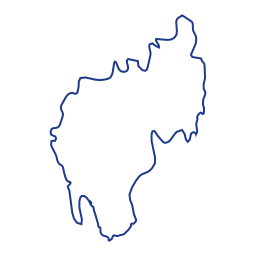 the State of Tripura
{"feature_id": "IND-3301", "entity_name": "Tripura", "entity_type": "State", "adm_level": 1, "iso_a3": "IND", "parent_name": "India", "parent_adm1": "", "projection": "mercator", "projection_center": [91.787, 23.743], "detail": "fine", "context": "isolated", "style": "outline", "palette": "blue", "viewbox_px": 256, "rotation_deg": 0, "n_neighbors": 0, "source": "natural_earth", "source_scale": "10m", "svg_char_len": 3211}
<svg xmlns="http://www.w3.org/2000/svg" viewBox="0 0 256 256"><path d="M196.1,134.1L196.0,133.5L193.4,132.1L191.2,133.4L189.6,139.9L187.6,141.8L185.9,139.3L184.6,133.9L182.0,130.0L176.6,131.9L174.5,134.3L170.3,140.2L168.0,142.1L165.0,142.9L163.0,141.9L157.6,135.7L156.0,133.1L154.4,131.1L152.6,131.2L151.8,133.1L151.5,136.1L151.7,141.5L155.1,157.8L154.9,163.3L152.0,168.3L150.3,170.1L148.3,171.6L141.1,174.7L139.0,176.6L135.7,181.1L131.9,187.7L129.5,194.6L130.2,200.2L132.1,204.7L134.0,214.4L135.7,218.7L136.2,220.3L135.6,221.6L133.7,223.7L133.4,223.8L132.1,223.6L131.7,223.7L131.1,224.2L131.0,224.9L131.1,225.5L131.0,226.1L128.8,229.4L127.9,230.4L125.7,232.4L124.8,233.5L123.2,234.5L119.7,235.3L117.9,235.9L117.0,236.1L116.1,235.9L115.2,235.6L114.3,235.4L113.1,235.9L112.5,237.1L112.0,238.4L111.3,239.4L109.1,240.6L108.7,240.2L108.8,238.8L107.9,237.2L106.2,236.4L104.5,236.0L102.8,235.4L101.1,233.5L100.5,232.1L100.4,227.9L100.0,227.4L98.8,227.1L98.5,226.6L97.8,223.0L94.8,212.8L94.2,211.4L93.3,207.0L93.0,207.0L91.1,205.1L91.0,204.4L91.2,203.6L91.1,202.6L90.3,201.5L90.2,201.6L89.8,202.6L88.8,200.6L86.9,198.0L84.4,196.0L81.5,196.1L80.1,198.1L79.4,201.4L79.4,207.7L81.9,219.4L81.4,224.1L77.1,222.9L74.0,218.7L72.3,212.9L69.3,190.3L68.7,188.9L68.0,187.7L67.8,186.6L68.7,185.3L70.0,184.0L70.6,182.9L70.2,182.1L68.5,181.7L66.8,180.4L65.5,177.6L63.8,171.6L63.2,168.1L62.8,167.0L62.0,165.7L59.8,164.3L58.7,163.3L57.5,161.0L56.4,156.4L55.4,153.9L51.7,146.8L51.1,144.4L51.5,141.0L53.2,140.8L55.0,140.9L56.1,138.6L55.3,136.5L53.2,135.7L51.1,134.6L50.6,131.5L51.8,128.8L53.8,128.1L56.3,127.9L58.7,126.7L60.0,124.4L62.6,116.7L63.0,114.0L62.4,112.2L61.0,109.0L60.9,107.0L61.4,105.1L65.8,97.2L67.2,95.3L68.9,93.8L71.1,92.9L72.9,93.0L73.3,93.2L74.3,93.6L75.7,93.8L77.3,92.8L78.6,87.0L78.8,81.6L80.4,78.0L85.7,77.5L95.5,79.7L100.3,80.1L105.6,79.4L108.6,78.5L110.5,77.3L111.7,75.3L112.7,72.3L114.1,63.4L114.7,61.7L116.0,62.2L118.3,67.9L119.5,70.1L121.8,71.6L124.3,71.9L126.6,71.1L128.1,68.9L128.0,66.4L127.2,63.6L126.8,60.9L128.1,59.0L136.3,60.8L137.7,60.9L138.0,61.8L138.2,65.0L138.5,66.2L142.5,70.2L145.1,70.8L146.7,69.8L147.6,67.3L150.4,55.3L150.5,52.5L149.2,46.8L149.6,44.3L152.5,43.4L153.7,44.5L156.5,46.4L159.0,47.4L158.9,45.5L156.0,40.7L156.1,39.0L166.9,39.9L170.7,39.6L174.0,38.1L176.5,34.7L176.9,30.7L176.2,22.0L176.9,19.3L178.5,17.7L180.5,16.6L181.9,15.4L183.1,15.9L191.2,21.3L192.0,22.0L192.5,23.0L192.8,24.3L192.9,28.7L193.1,30.2L193.5,31.4L195.8,36.1L196.2,37.6L196.2,40.2L195.9,42.3L195.4,44.4L191.0,54.7L191.7,56.1L192.4,57.0L201.1,58.5L201.8,60.7L202.6,61.7L202.9,62.0L203.5,62.7L204.0,63.4L204.4,64.4L204.6,65.5L205.0,77.6L204.9,78.7L203.7,84.0L203.6,87.0L203.7,88.3L204.0,89.2L204.2,89.6L205.0,91.3L205.3,92.1L205.4,92.8L205.0,94.9L203.4,99.1L203.2,100.0L203.1,101.1L203.0,104.5L203.1,105.4L203.2,105.9L203.9,107.2L204.0,107.8L204.0,108.5L203.9,109.6L204.0,110.9L203.9,112.3L203.7,113.2L203.5,113.7L202.9,114.0L202.5,113.9L202.1,113.6L201.9,113.2L201.6,112.9L201.2,112.7L200.7,112.7L200.3,112.8L199.9,113.1L199.6,113.4L198.5,114.4L198.0,115.0L197.5,116.2L197.2,117.2L197.2,118.1L197.5,118.9L197.5,119.6L197.0,120.8L196.2,123.8L197.2,131.7L196.1,134.1Z" fill="none" stroke="#1e3a8a" stroke-width="2"/></svg>